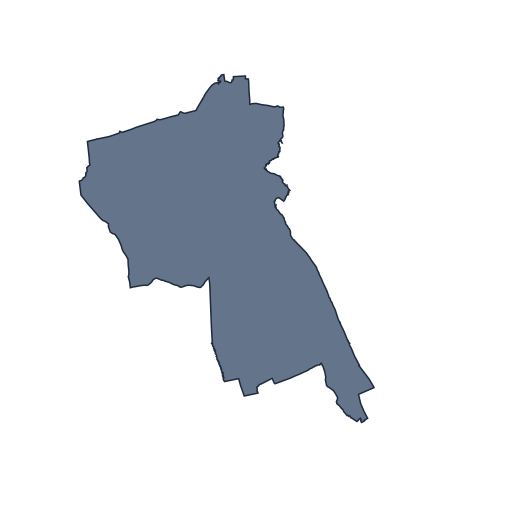 outline of Carpen, Dolj, Romania, rotated 50°
{"feature_id": "2599482B61425966956832", "entity_name": "Carpen", "entity_type": "district", "adm_level": 2, "iso_a3": "ROU", "parent_name": "Romania", "parent_adm1": "Dolj", "projection": "mercator", "projection_center": [23.264, 44.337], "detail": "fine", "context": "isolated", "style": "filled", "palette": "slate", "viewbox_px": 512, "rotation_deg": 50, "n_neighbors": 0, "source": "geoboundaries", "source_scale": "gbopen_adm2", "svg_char_len": 6091}
<svg xmlns="http://www.w3.org/2000/svg" viewBox="0 0 512 512"><g transform="rotate(50 256 256)"><path d="M355.7,355.0L362.3,342.6L361.3,342.1L360.4,342.2L358.3,340.3L357.0,339.7L357.2,337.4L356.6,335.9L357.4,334.2L360.1,322.3L365.1,323.7L366.0,323.6L366.2,323.3L371.9,307.4L372.5,304.8L374.4,298.8L377.1,289.1L377.0,287.3L377.8,285.2L377.7,284.7L377.9,283.3L378.3,282.7L378.1,281.5L378.6,281.0L379.7,277.6L380.4,277.3L380.0,275.1L381.2,275.1L381.9,275.5L383.7,275.7L389.2,277.9L393.5,280.3L395.4,282.4L400.5,285.2L402.3,285.1L404.0,284.4L408.8,283.2L412.0,283.5L415.8,284.2L417.1,284.7L418.0,285.6L419.2,288.0L421.2,289.0L424.1,288.4L427.6,288.5L429.6,288.2L431.5,288.8L436.9,288.8L437.1,287.9L438.7,287.9L438.9,286.9L441.2,287.3L441.4,287.0L442.5,286.6L447.6,285.1L447.7,283.6L447.3,282.6L447.5,280.3L449.2,280.9L449.2,281.5L451.3,282.2L451.9,280.1L452.0,278.5L451.5,278.3L452.1,274.8L443.9,273.0L436.4,270.7L427.9,266.4L432.7,250.2L431.8,249.9L422.6,248.4L405.9,247.6L406.1,247.0L395.8,244.8L388.3,242.4L384.4,241.6L382.7,240.8L382.9,240.3L381.6,240.5L380.7,240.3L380.4,239.9L379.4,240.0L369.9,236.9L362.4,235.1L362.0,235.0L361.8,234.6L360.7,234.2L360.6,234.4L360.1,234.4L356.8,233.5L348.1,229.9L343.2,228.7L340.8,227.8L338.2,227.5L336.0,226.5L334.6,226.7L332.8,225.7L332.1,225.6L328.6,224.2L319.7,221.9L315.7,220.6L311.2,219.6L309.3,218.7L308.9,218.8L307.8,218.3L306.6,218.2L303.2,216.9L294.7,216.3L291.0,215.7L290.1,215.8L286.2,215.4L276.5,216.0L272.6,216.5L272.3,216.3L268.9,216.6L268.6,216.3L267.7,216.8L265.9,216.9L262.2,216.2L259.8,214.2L258.4,213.5L256.7,213.0L255.8,213.3L252.5,212.6L251.1,212.8L249.6,212.2L249.5,211.9L246.9,211.2L244.7,210.0L244.1,210.2L243.0,209.8L240.8,209.6L239.7,210.3L234.9,209.8L233.5,210.3L232.1,209.6L231.8,209.9L230.8,209.9L229.5,209.1L229.6,208.7L230.4,208.6L229.9,208.0L229.8,208.4L229.3,208.6L226.2,207.2L226.0,206.7L226.1,206.0L225.3,204.9L225.1,203.9L225.1,202.7L226.0,201.0L231.8,199.5L231.5,198.0L229.3,193.5L229.8,191.9L228.9,191.9L228.6,191.7L228.8,191.0L228.3,190.9L228.4,189.9L228.1,189.7L227.6,190.0L227.1,189.6L227.6,187.9L224.2,187.9L222.7,187.1L221.8,187.6L221.5,187.1L221.2,188.2L220.3,188.1L219.9,187.7L219.3,187.8L218.9,188.1L216.6,188.3L216.2,188.1L216.2,187.8L215.5,187.6L215.4,186.8L215.1,186.7L213.0,186.6L211.9,186.9L211.6,186.7L211.7,186.3L211.5,186.2L210.5,186.6L210.2,186.3L207.2,188.3L204.8,189.0L202.5,191.2L201.7,191.7L200.0,192.1L198.9,192.7L198.2,192.6L196.7,193.2L196.3,192.9L196.5,192.6L196.4,192.4L195.8,192.3L195.1,193.2L193.9,193.1L193.8,191.1L193.0,190.5L193.3,189.8L193.0,189.4L192.6,189.8L192.4,189.7L192.2,188.9L192.2,188.6L192.7,188.3L192.6,187.7L193.5,187.3L193.1,186.8L193.5,186.4L193.0,185.3L192.7,185.5L191.9,184.9L191.8,184.5L192.6,182.8L192.6,182.3L192.3,181.9L192.4,181.0L193.0,180.5L192.6,180.2L193.1,179.4L192.9,178.5L193.4,178.2L193.8,176.4L194.4,175.8L194.4,175.2L194.0,174.7L193.4,175.0L192.3,174.1L192.1,173.4L192.3,173.0L190.8,171.7L191.4,171.1L191.2,170.4L189.8,169.4L188.6,168.0L187.9,167.7L187.0,168.1L185.4,166.4L184.3,166.2L184.4,166.5L184.1,166.7L183.4,165.9L183.0,163.4L183.7,163.0L185.8,163.5L186.1,163.3L184.3,162.8L184.0,162.5L182.5,162.7L182.2,159.7L181.6,158.4L178.7,156.7L177.3,154.9L177.4,154.1L175.2,152.1L174.5,151.0L169.8,147.3L165.4,144.9L163.6,142.8L161.7,141.2L161.4,140.4L159.6,139.3L159.0,139.8L158.5,140.8L157.4,142.0L154.9,142.9L153.9,145.6L153.2,146.4L148.2,150.2L144.3,153.9L139.1,157.9L136.9,161.0L135.8,163.3L132.2,160.3L125.9,155.9L117.9,149.7L115.5,148.1L115.2,148.2L113.9,149.9L113.4,150.1L111.3,148.4L104.1,158.0L104.2,158.3L106.4,160.0L105.8,161.2L107.3,163.1L107.1,163.8L106.0,164.9L103.3,166.2L102.0,167.6L96.3,164.0L95.1,166.2L95.3,167.2L95.8,168.0L95.5,169.0L95.6,169.4L96.2,170.0L95.7,170.5L95.7,170.8L96.1,171.3L97.1,171.5L97.2,172.3L98.7,171.6L99.3,170.8L99.9,171.5L99.9,172.3L98.9,173.2L99.8,174.0L98.7,174.1L98.2,174.5L97.0,176.9L97.1,178.1L96.8,179.8L97.4,183.2L99.0,189.8L99.9,192.4L100.6,193.8L101.5,196.7L101.8,196.7L102.3,198.8L105.9,208.6L101.0,218.7L99.8,219.7L97.0,221.0L96.9,221.7L98.0,224.8L94.7,231.5L90.6,240.8L89.3,242.7L87.7,243.8L88.0,245.3L87.5,247.8L82.3,260.3L80.3,265.4L78.8,270.1L75.2,279.2L72.9,280.1L73.0,280.5L74.0,281.5L70.1,291.7L64.8,301.6L64.1,302.4L63.9,303.3L59.9,311.5L73.9,320.9L77.7,323.8L79.5,324.5L79.4,326.9L79.6,328.9L81.8,330.3L82.8,331.4L82.9,332.9L83.9,333.4L84.0,334.0L84.8,334.5L85.3,335.2L85.6,337.0L85.1,337.9L85.9,339.9L85.9,341.1L85.0,343.1L85.1,343.3L96.8,350.9L107.8,351.3L127.9,350.9L130.4,350.4L132.6,349.3L136.6,348.3L138.4,350.1L143.9,352.2L146.7,351.4L148.7,350.1L154.7,350.6L161.4,352.6L164.7,354.1L166.7,354.7L168.1,355.0L172.4,355.3L176.1,356.1L181.2,360.0L186.3,363.4L188.5,365.4L189.8,367.2L194.9,369.6L199.5,372.7L200.8,369.9L202.1,367.9L204.1,364.1L206.8,360.1L208.4,358.4L208.7,357.7L208.9,356.9L209.0,353.6L208.6,351.6L208.2,350.8L208.2,349.6L208.3,348.2L208.8,346.9L209.3,346.2L213.6,344.0L215.6,342.2L216.5,342.1L220.3,339.5L224.9,337.5L228.8,334.7L230.1,334.6L231.3,333.9L231.9,333.3L232.7,331.4L233.8,328.3L235.5,325.9L239.0,322.6L242.1,320.9L244.2,319.1L244.5,317.9L244.2,316.2L244.2,314.9L242.9,311.3L242.3,306.1L245.9,308.2L249.1,310.5L281.1,335.3L293.0,344.2L293.5,344.3L293.8,345.1L294.3,345.5L294.5,346.3L294.9,346.2L295.4,345.7L295.8,346.3L296.9,346.9L298.4,347.1L298.6,346.9L299.2,347.6L299.7,347.5L299.8,348.0L300.8,347.9L301.1,348.4L301.6,347.9L302.0,348.5L302.4,348.6L302.8,348.4L302.9,348.9L303.3,348.7L303.8,348.9L304.4,349.8L306.3,349.9L307.1,350.3L307.4,351.1L308.3,351.0L310.1,352.3L310.8,352.1L311.2,352.5L311.7,352.3L312.2,352.7L312.8,352.5L313.0,353.0L313.8,352.8L314.2,353.2L315.0,353.3L315.0,353.8L315.7,354.0L317.1,353.9L317.2,354.5L317.4,354.6L318.6,354.4L318.6,354.7L319.2,355.1L319.9,354.9L320.0,355.4L320.7,355.9L321.2,355.7L321.8,356.2L322.9,356.3L323.4,356.9L323.8,356.6L323.7,357.2L324.7,356.9L324.9,357.6L325.9,357.5L326.4,357.9L326.3,358.5L327.0,358.3L327.2,359.0L327.7,358.9L328.1,359.4L328.3,359.4L328.3,359.0L328.5,358.9L329.1,360.0L329.5,360.4L332.0,360.8L338.8,348.1L345.5,351.2L355.7,355.0Z" fill="#64748b" stroke="#1e293b" stroke-width="1.5"/></g></svg>